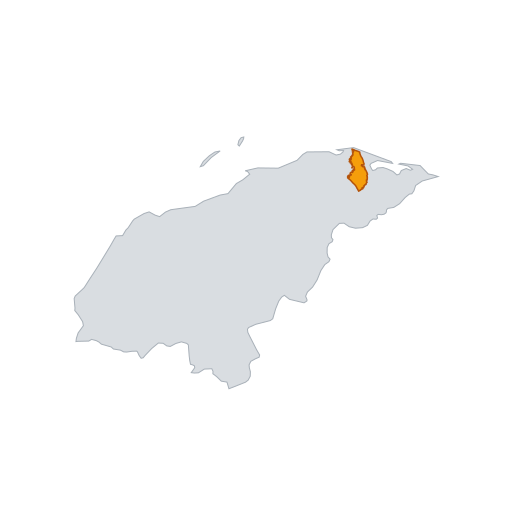 Ahuas, Gracias a Dios, Honduras shown in context, rotated 341°
{"feature_id": "27666195B1442019449651", "entity_name": "Ahuas", "entity_type": "district", "adm_level": 2, "iso_a3": "HND", "parent_name": "Honduras", "parent_adm1": "Gracias a Dios", "projection": "mercator", "projection_center": [-84.342, 15.493], "detail": "fine", "context": "in_parent", "style": "filled", "palette": "amber", "viewbox_px": 512, "rotation_deg": 341, "n_neighbors": 0, "source": "geoboundaries", "source_scale": "gbopen_adm2", "svg_char_len": 7352}
<svg xmlns="http://www.w3.org/2000/svg" viewBox="0 0 512 512"><g transform="rotate(341 256 256)"><path d="M454.1,240.2L437.6,239.2L429.9,241.3L426.5,245.8L423.6,247.9L421.1,247.4L416.2,249.2L408.8,253.3L402.1,254.9L396.1,253.9L394.4,254.9L393.9,256.2L393.0,257.5L390.7,258.2L388.0,257.8L385.0,256.4L383.4,257.0L383.3,259.7L381.7,260.4L378.6,259.1L375.2,260.1L371.3,263.3L366.0,263.9L359.1,262.1L353.7,258.7L349.9,253.6L345.4,252.3L337.4,256.1L334.1,260.5L333.3,263.2L334.1,265.6L332.7,267.3L329.0,268.1L326.1,271.1L324.2,276.3L323.8,280.3L325.0,283.1L323.1,285.1L318.3,286.5L312.6,290.9L306.0,298.5L299.4,303.8L292.9,306.8L289.8,310.2L290.0,313.8L289.6,315.0L288.3,315.4L286.2,315.9L273.6,307.9L270.0,302.4L266.9,303.2L262.9,306.0L257.4,312.3L251.4,320.8L248.5,321.7L233.6,320.5L225.8,321.2L224.1,322.4L223.4,325.5L223.9,329.7L226.0,344.6L227.2,350.8L226.0,352.7L222.0,353.0L216.8,353.9L214.0,356.7L213.3,359.6L213.0,363.6L211.4,367.8L208.2,370.8L205.0,371.9L187.2,372.7L187.5,365.8L182.4,363.0L179.5,357.2L176.9,353.3L177.8,351.0L177.5,348.2L170.3,346.1L163.5,347.7L159.6,346.6L156.8,345.2L161.7,341.7L162.0,339.7L160.5,338.2L158.8,337.1L159.3,333.3L160.3,328.7L163.1,318.0L162.1,316.1L157.5,312.9L151.8,312.6L145.5,313.6L142.4,312.0L139.8,308.3L135.3,306.5L127.3,309.5L118.8,313.9L116.2,315.5L114.1,315.3L113.1,312.0L112.7,308.0L112.2,307.1L107.7,305.7L102.4,304.7L99.7,303.6L97.2,300.9L90.9,297.5L89.5,294.9L81.1,289.0L79.4,286.1L77.4,284.0L73.4,281.3L70.2,282.0L59.5,278.6L57.9,278.3L59.4,275.3L62.8,270.8L70.1,265.7L70.7,261.6L68.8,253.7L66.9,248.6L67.9,246.3L70.2,237.1L72.0,235.0L82.6,230.3L83.6,229.7L91.9,223.1L101.2,215.9L110.9,207.9L121.6,199.0L127.6,193.7L130.3,191.5L136.5,193.3L141.4,189.1L144.3,187.7L150.9,182.6L152.9,181.5L164.0,179.4L169.3,179.5L174.0,184.6L177.7,187.4L184.7,185.0L190.5,184.5L214.7,189.3L224.3,187.1L241.9,186.7L249.8,187.9L261.0,181.1L268.2,179.7L276.7,176.6L275.5,173.3L273.5,171.9L286.4,173.3L305.6,180.2L326.0,178.9L333.4,175.2L338.1,174.2L359.0,181.2L364.6,186.6L368.9,187.2L372.2,185.9L373.1,184.8L369.0,183.6L367.1,181.9L383.6,185.3L414.6,210.8L415.3,212.9L402.0,205.3L395.0,205.9L393.2,207.1L393.6,211.3L394.2,213.2L397.2,213.4L399.4,212.3L404.9,213.7L408.5,216.4L413.0,220.6L415.6,225.2L418.4,225.2L421.2,222.5L426.5,222.2L429.9,225.2L432.3,225.0L429.0,220.3L421.0,215.6L422.9,215.4L440.6,223.9L445.6,234.5L449.7,236.9L454.1,240.2ZM245.8,148.3L235.6,153.5L232.4,153.4L237.0,149.4L244.6,146.0L251.0,144.3L256.3,145.0L245.8,148.3ZM280.8,142.8L276.0,146.6L275.1,144.9L277.4,141.3L280.4,139.3L283.2,139.5L282.5,141.0L280.8,142.8Z" fill="#d9dde1" stroke="#a8b0b8" stroke-width="1"/><path d="M387.9,191.6L387.2,190.8L386.9,190.5L385.9,189.7L385.3,189.3L384.9,188.9L383.8,188.2L383.3,187.5L383.1,187.5L382.9,187.3L382.5,186.8L381.7,186.2L381.5,186.4L381.6,186.6L381.9,186.8L381.9,187.0L382.0,187.2L382.0,187.5L381.9,187.7L381.5,187.7L381.3,187.8L381.2,187.9L381.2,188.1L381.5,188.3L382.1,188.6L382.3,188.8L382.2,189.1L381.9,189.4L381.7,189.5L381.2,189.7L380.9,189.8L380.9,190.2L381.0,190.3L381.0,190.6L380.8,191.0L380.7,191.3L380.7,191.6L380.6,192.0L380.4,192.1L380.2,192.1L379.9,191.9L379.7,192.0L379.7,192.4L379.7,192.6L379.5,192.8L379.3,192.8L379.1,192.8L378.9,192.7L378.7,192.7L378.5,192.9L378.5,193.2L378.3,193.4L378.0,193.4L377.8,193.2L377.7,193.2L377.6,193.3L377.7,193.5L377.9,193.8L378.1,194.1L378.1,194.3L378.0,194.5L377.8,194.5L377.7,194.5L377.7,194.4L377.4,194.6L377.3,194.8L377.0,194.9L376.7,194.8L376.5,194.7L376.4,194.6L376.0,194.7L375.7,195.1L375.7,195.3L375.8,195.4L375.8,195.5L376.0,195.6L376.3,195.6L376.6,195.4L376.9,195.2L377.2,195.3L377.4,195.4L377.4,195.5L377.3,195.9L377.2,195.9L376.9,195.8L376.7,195.8L376.4,195.8L376.3,196.1L376.1,196.2L375.9,196.4L375.5,196.6L375.0,196.8L375.0,197.2L375.0,197.3L375.3,197.4L375.7,197.3L376.2,197.5L376.5,197.7L376.5,197.8L376.5,198.0L375.9,198.1L375.7,198.2L375.7,198.3L375.6,198.5L375.9,198.6L376.0,198.7L376.0,198.8L376.0,199.3L376.0,199.5L376.6,199.7L376.8,199.7L376.8,199.8L376.7,200.0L376.2,200.2L376.1,200.3L376.1,200.5L376.7,200.6L376.8,200.7L376.8,200.8L376.7,200.8L376.3,200.9L376.2,201.0L376.4,201.3L376.5,201.4L376.7,201.7L376.7,202.2L376.3,202.9L375.9,203.2L375.5,203.5L375.4,203.7L375.4,203.9L375.5,204.0L375.7,203.9L375.9,203.7L376.0,203.4L376.4,203.2L376.5,203.2L377.0,203.2L377.4,203.2L377.6,203.3L377.7,203.5L377.8,203.9L377.8,204.3L377.7,204.5L377.5,204.8L377.6,205.0L377.5,205.3L377.4,205.3L377.2,205.3L377.1,205.5L377.1,205.8L377.1,206.0L377.3,206.3L377.3,206.5L377.2,206.7L377.0,206.8L376.8,206.8L376.7,206.4L376.7,206.1L376.4,205.9L376.1,206.2L375.9,206.2L375.8,206.3L375.7,206.8L375.3,206.7L375.1,206.7L374.8,206.8L374.6,206.9L374.5,207.2L374.5,207.3L375.2,207.2L375.3,207.3L375.3,207.6L375.0,207.9L374.5,208.4L374.3,208.4L374.2,208.3L373.7,208.0L373.5,207.9L373.1,207.8L372.9,208.0L372.2,208.2L372.0,208.3L371.9,208.5L371.9,208.8L371.8,209.4L371.7,209.5L371.8,209.8L372.0,209.8L372.2,210.0L372.3,210.0L372.5,210.1L372.5,210.3L372.4,210.4L372.2,210.4L371.8,210.2L371.6,210.2L371.2,210.4L371.1,210.5L370.8,210.7L370.7,210.7L370.6,210.3L370.6,210.2L370.3,209.9L370.2,209.9L370.0,210.0L369.6,210.0L369.5,209.9L369.2,210.0L368.9,210.4L368.9,210.6L369.0,210.7L369.1,210.8L369.5,210.9L370.0,210.8L370.2,211.0L370.2,211.3L370.0,211.8L369.7,212.0L369.4,211.7L369.4,211.4L369.2,211.2L368.9,211.1L368.7,211.0L368.6,210.9L368.4,210.9L368.3,211.0L368.3,211.3L369.0,211.7L369.1,211.8L369.2,212.4L369.2,212.5L369.1,212.8L368.5,212.7L368.6,212.9L368.9,213.3L369.2,213.9L369.6,214.4L370.1,215.3L370.8,217.0L371.1,217.7L371.3,218.3L372.0,219.5L372.9,221.4L373.1,221.9L373.2,222.5L373.3,222.9L373.4,223.4L373.6,224.9L373.8,225.6L373.8,226.0L374.0,227.0L374.2,228.1L374.4,228.1L374.5,228.1L375.0,227.9L375.4,227.9L375.6,227.7L376.2,227.8L376.4,227.7L376.6,227.4L376.8,227.4L377.1,227.3L377.5,227.3L377.8,227.3L377.8,227.1L377.9,226.9L378.1,226.9L378.3,226.8L378.5,226.9L378.5,226.6L378.4,226.4L378.4,226.2L378.5,226.1L379.0,226.0L379.1,226.3L379.4,226.4L379.7,226.4L379.8,226.5L380.1,226.2L380.8,225.5L380.9,225.4L380.9,225.1L380.8,224.9L381.2,224.6L381.5,224.6L382.0,224.2L382.4,224.3L382.5,224.3L382.6,224.2L382.8,224.1L383.0,224.0L383.3,224.1L383.5,223.8L383.5,223.7L383.6,223.4L383.8,223.2L384.0,223.1L384.6,222.6L384.9,222.5L384.9,222.4L384.9,222.2L384.7,222.1L384.7,221.7L384.9,221.4L384.9,221.1L385.1,221.0L385.1,220.9L385.1,220.7L385.1,220.4L385.4,220.4L385.4,220.2L385.6,220.2L385.7,220.3L385.9,220.1L385.9,219.6L386.1,219.4L386.3,219.4L386.4,219.0L386.7,218.6L386.7,218.3L386.6,218.2L386.8,218.0L386.9,217.8L386.8,217.6L386.8,217.4L387.0,217.3L387.1,217.1L387.1,216.8L387.1,216.7L386.9,216.3L386.9,216.1L387.0,215.9L387.7,215.5L388.1,214.9L388.0,214.7L387.9,214.6L387.9,214.4L388.1,213.8L387.9,213.7L387.9,213.3L388.0,212.7L387.9,211.6L387.7,210.8L387.6,209.5L387.5,209.4L387.5,209.0L387.5,208.9L387.5,208.5L387.6,208.0L387.6,207.9L387.5,208.0L387.4,208.3L387.3,208.8L387.2,208.9L387.2,208.3L387.3,208.0L387.4,207.4L387.3,207.0L387.1,206.8L386.7,206.7L386.4,206.4L386.0,206.3L385.9,206.2L385.9,205.9L385.8,205.7L385.7,205.6L385.6,205.3L385.1,204.9L385.5,204.3L385.6,204.1L386.3,204.3L386.5,204.4L386.7,204.6L387.1,204.7L387.3,204.9L387.5,205.1L387.7,204.8L388.2,204.0L388.1,202.7L388.3,201.0L388.3,198.8L388.2,198.0L388.1,197.3L387.8,196.6L387.6,194.8L387.6,192.7L387.9,191.6Z" fill="#f59e0b" stroke="#b45309" stroke-width="1.5"/></g></svg>